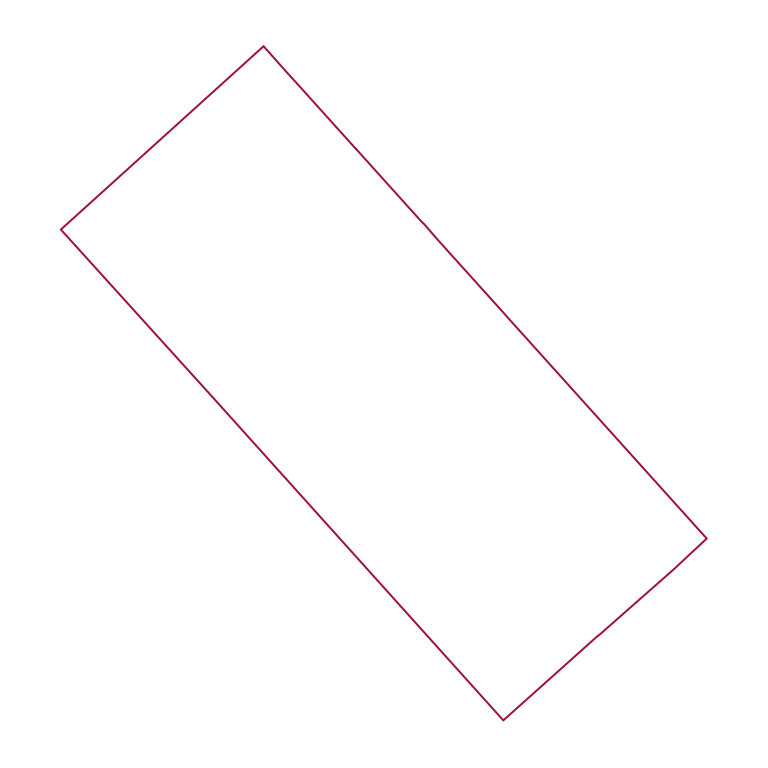 outline of Bowman, North Dakota, United States of America, rotated 228°
{"feature_id": "52423323B51732533466336", "entity_name": "Bowman", "entity_type": "district", "adm_level": 2, "iso_a3": "USA", "parent_name": "United States of America", "parent_adm1": "North Dakota", "projection": "equal_earth", "projection_center": [-103.415, 46.113], "detail": "fine", "context": "isolated", "style": "outline", "palette": "rose", "viewbox_px": 768, "rotation_deg": 228, "n_neighbors": 0, "source": "geoboundaries", "source_scale": "gbopen_adm2", "svg_char_len": 497}
<svg xmlns="http://www.w3.org/2000/svg" viewBox="0 0 768 768"><g transform="rotate(228 384 384)"><path d="M715.0,247.2L485.2,247.8L54.2,247.6L53.8,373.9L53.5,374.8L52.4,475.6L53.2,520.4L291.0,520.4L295.9,520.4L348.7,520.4L360.3,520.5L438.4,520.4L440.0,520.4L449.0,520.5L453.3,520.4L475.9,520.8L479.9,520.5L533.5,520.5L575.0,520.5L579.9,520.4L611.1,520.4L623.9,520.4L651.1,520.4L663.3,520.4L682.7,520.3L696.4,520.4L715.6,520.5L715.0,247.2Z" fill="none" stroke="#9f1239" stroke-width="2"/></g></svg>